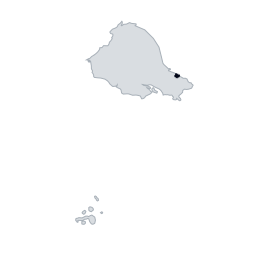 Paquisha, Zamora Chinchipe, Ecuador shown in context, rotated 282°
{"feature_id": "8360857B20282725655414", "entity_name": "Paquisha", "entity_type": "district", "adm_level": 2, "iso_a3": "ECU", "parent_name": "Ecuador", "parent_adm1": "Zamora Chinchipe", "projection": "equal_earth", "projection_center": [-78.572, -3.961], "detail": "fine", "context": "in_parent", "style": "filled", "palette": "ink", "viewbox_px": 256, "rotation_deg": 282, "n_neighbors": 0, "source": "geoboundaries", "source_scale": "gbopen_adm2", "svg_char_len": 4657}
<svg xmlns="http://www.w3.org/2000/svg" viewBox="0 0 256 256"><g transform="rotate(282 128 128)"><path d="M231.1,99.8L230.4,100.4L228.7,100.6L227.3,100.1L226.8,100.1L226.7,100.7L228.5,102.2L229.3,104.9L230.6,106.6L231.3,107.4L231.4,108.0L231.1,109.1L231.1,110.0L231.5,114.2L231.2,114.4L230.3,114.4L229.5,113.7L227.5,124.0L220.9,134.2L213.5,141.5L204.9,145.7L198.6,148.7L197.6,149.8L194.5,154.9L194.3,155.4L194.8,156.3L194.8,156.9L194.3,157.2L193.9,157.3L193.8,157.0L193.6,156.4L193.2,155.7L192.7,155.6L192.4,155.7L192.4,156.3L191.8,159.1L191.8,160.4L191.5,161.0L191.5,162.2L190.9,163.3L190.4,165.1L189.9,165.7L189.2,168.6L188.2,171.5L188.2,172.5L188.5,173.2L188.6,173.7L188.2,175.5L185.9,177.2L185.4,178.1L185.1,179.0L185.3,179.9L185.2,180.5L184.5,180.8L183.8,182.4L183.2,182.8L181.8,182.2L180.8,182.2L180.0,181.7L178.5,179.0L177.9,177.3L177.7,175.1L176.1,173.7L174.1,174.0L173.5,173.5L172.1,172.6L170.8,171.5L169.8,171.0L169.1,171.2L167.9,173.0L166.8,173.8L166.2,173.8L165.6,173.3L165.4,172.6L167.1,169.5L165.9,169.4L165.4,168.8L165.4,168.0L165.2,167.1L165.4,166.1L166.1,165.6L167.1,166.0L167.8,166.0L168.2,165.1L169.1,164.4L169.3,163.9L168.8,162.3L168.7,161.5L168.8,161.0L168.8,159.4L168.5,158.8L168.5,157.8L168.2,157.3L168.1,156.2L167.5,155.6L169.6,154.5L170.3,153.6L171.2,152.8L172.0,151.6L172.6,150.5L173.8,145.2L175.0,141.8L174.8,140.2L173.8,138.0L173.6,134.8L173.7,133.9L173.6,133.1L172.9,134.5L173.1,139.2L172.5,141.3L171.7,141.8L171.2,141.4L171.5,138.0L170.9,138.6L170.0,141.0L168.4,142.7L168.4,143.3L168.0,144.0L166.8,143.3L165.9,142.6L162.9,138.7L161.0,137.9L159.8,136.5L159.6,136.0L159.4,135.2L160.6,134.4L161.9,133.3L162.0,130.9L161.9,129.0L161.0,125.7L161.5,121.5L161.2,119.8L160.2,116.3L160.9,114.5L163.7,113.3L164.6,112.4L165.2,109.6L165.8,107.9L167.0,108.6L168.0,108.5L166.7,107.9L165.7,105.4L165.5,104.2L167.5,100.8L168.6,99.9L169.9,98.1L171.0,95.3L171.2,91.0L170.8,87.9L170.5,84.6L171.1,83.8L172.8,83.3L174.1,82.3L174.8,81.3L176.4,81.5L178.3,79.9L181.3,79.2L185.5,77.5L186.4,75.9L186.0,73.2L187.5,74.9L188.2,76.2L190.4,77.6L192.9,80.2L194.5,81.5L196.3,82.7L199.0,83.9L200.6,83.7L201.2,85.7L201.8,86.2L203.4,86.9L203.5,87.2L204.1,90.7L204.4,91.3L205.7,91.8L207.3,92.1L208.0,91.9L209.4,92.9L211.6,93.8L212.4,93.9L212.7,93.7L212.8,93.3L213.5,93.4L214.4,93.9L215.8,94.0L216.7,93.5L216.8,91.5L217.1,91.1L218.1,90.3L218.6,90.5L221.2,92.1L221.7,92.6L222.4,93.8L223.6,95.4L224.9,96.5L226.9,96.9L228.8,98.6L231.1,99.8ZM29.3,97.5L30.1,98.6L30.5,101.8L33.1,105.1L33.4,106.9L33.1,107.8L33.3,108.1L34.5,109.4L35.3,110.8L33.9,114.0L31.1,115.3L28.1,115.3L27.5,114.9L26.6,113.7L26.5,112.6L27.0,111.6L28.5,110.0L30.9,108.6L31.2,107.5L30.3,106.4L29.6,104.3L28.1,102.9L27.3,98.4L26.8,98.1L25.8,98.8L25.3,98.2L25.2,97.9L26.3,96.9L26.5,96.2L28.2,95.8L28.9,96.4L29.3,97.5ZM41.1,111.1L40.5,111.1L38.5,109.5L38.7,107.9L39.4,106.8L42.0,106.2L43.0,107.2L42.9,109.2L42.1,110.6L41.4,110.8L41.1,111.1ZM169.9,148.5L169.7,149.2L168.5,149.1L168.1,148.9L168.4,145.8L168.8,144.8L169.7,143.8L170.6,143.3L171.6,143.4L172.7,144.3L171.4,145.9L170.4,146.4L169.9,148.5ZM27.4,105.8L26.1,106.1L25.0,105.5L24.6,104.6L24.5,103.3L24.6,102.8L26.9,102.3L27.7,103.5L27.7,105.1L27.4,105.8ZM52.7,113.5L51.2,114.2L50.4,113.5L50.3,113.1L51.1,112.0L51.9,111.5L52.6,110.3L54.0,109.5L54.4,109.7L54.6,110.0L54.7,110.4L54.3,111.3L53.5,112.0L52.7,113.5ZM38.1,103.7L37.5,104.2L35.2,103.6L34.4,102.6L35.0,101.2L35.5,100.7L36.9,101.2L38.4,102.7L38.1,103.7ZM40.0,120.8L39.5,120.8L38.8,120.1L39.4,118.7L40.3,119.4L40.6,119.9L40.0,120.8ZM185.3,76.7L184.6,76.8L184.3,76.0L185.2,75.0L185.5,74.9L185.3,76.7Z" fill="#d9dde1" stroke="#a8b0b8" stroke-width="1"/><path d="M188.4,165.8L188.5,165.8L188.5,165.7L188.5,165.8L188.4,165.9L188.5,165.9L188.5,166.0L188.6,166.3L188.6,166.5L188.8,166.7L188.9,166.8L189.0,166.8L189.0,167.0L189.3,167.0L189.5,167.1L189.7,167.3L189.8,167.3L189.9,167.2L190.0,167.1L189.9,167.1L189.9,166.9L189.7,166.8L189.6,166.7L189.7,166.4L189.7,166.2L189.7,165.9L189.7,165.7L189.8,165.7L190.0,165.5L190.0,165.4L190.1,165.2L190.2,164.9L190.3,164.9L190.5,164.9L190.7,164.7L190.8,164.5L190.8,164.4L190.7,164.3L190.8,164.3L190.8,164.2L190.7,164.2L190.8,163.9L190.8,163.7L190.2,163.7L190.1,163.8L190.1,164.0L189.9,164.0L189.9,163.9L189.9,163.7L189.7,163.6L189.4,163.7L189.2,163.7L189.1,163.8L189.0,164.0L188.9,163.9L188.8,163.7L188.7,163.5L188.7,163.4L188.5,163.5L188.4,163.5L188.2,163.6L188.1,163.8L188.2,164.0L188.3,164.2L188.3,164.3L188.2,164.2L188.2,164.3L188.2,164.5L188.2,164.8L188.3,164.9L188.3,165.0L188.2,165.0L188.2,164.9L188.2,165.0L188.3,165.2L188.3,165.3L188.2,165.3L188.3,165.4L188.3,165.5L188.4,165.8L188.4,165.8Z" fill="#0f172a" stroke="#020617" stroke-width="1.5"/></g></svg>